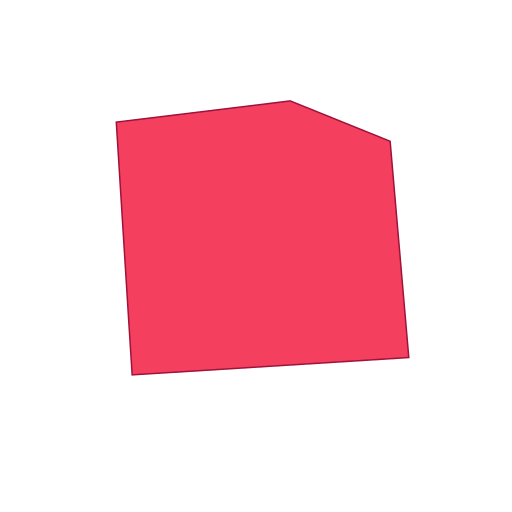 30, Ad Dawhah, Qatar, rotated 112°
{"feature_id": "91078587B91130659475882", "entity_name": "30", "entity_type": "district", "adm_level": 2, "iso_a3": "QAT", "parent_name": "Qatar", "parent_adm1": "Ad Dawhah", "projection": "mercator", "projection_center": [51.461, 25.361], "detail": "fine", "context": "isolated", "style": "filled", "palette": "rose", "viewbox_px": 512, "rotation_deg": 112, "n_neighbors": 0, "source": "geoboundaries", "source_scale": "gbopen_adm2", "svg_char_len": 288}
<svg xmlns="http://www.w3.org/2000/svg" viewBox="0 0 512 512"><g transform="rotate(112 256 256)"><path d="M101.7,286.6L103.0,288.9L184.2,435.7L360.5,351.3L412.6,326.3L411.4,323.8L292.9,76.3L99.4,174.6L99.4,282.4L101.7,286.6Z" fill="#f43f5e" stroke="#9f1239" stroke-width="1.5"/></g></svg>